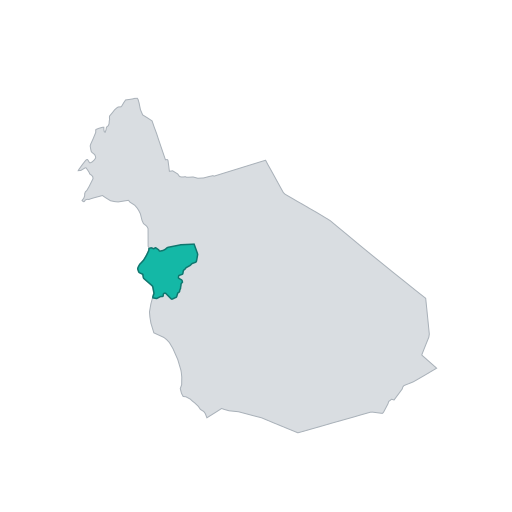 where Maradi sits in Niger, rotated 72°
{"feature_id": "NER-91", "entity_name": "Maradi", "entity_type": "Department", "adm_level": 1, "iso_a3": "NER", "parent_name": "Niger", "parent_adm1": "", "projection": "orthographic", "projection_center": [7.538, 14.218], "detail": "fine", "context": "in_parent", "style": "filled", "palette": "teal", "viewbox_px": 512, "rotation_deg": 72, "n_neighbors": 0, "source": "natural_earth", "source_scale": "10m", "svg_char_len": 5087}
<svg xmlns="http://www.w3.org/2000/svg" viewBox="0 0 512 512"><g transform="rotate(72 256 256)"><path d="M394.7,352.7L390.3,352.9L387.8,353.7L384.7,356.3L381.2,357.3L376.9,359.6L374.2,361.4L371.7,362.8L368.2,366.2L367.1,368.7L363.6,369.3L358.7,369.0L355.5,366.5L348.2,364.0L343.5,363.0L341.3,362.7L330.3,362.4L318.5,363.6L312.5,364.9L311.4,365.2L308.0,366.8L305.1,368.7L297.5,376.9L287.4,376.7L281.4,375.8L276.3,374.6L269.1,370.8L260.2,365.0L256.8,364.2L253.7,363.8L252.7,363.9L242.1,369.7L240.1,369.5L237.6,370.2L235.9,371.6L234.7,372.3L233.5,372.5L231.8,372.1L230.2,371.2L228.6,369.6L224.2,363.1L223.3,362.0L221.5,360.1L218.4,357.1L216.3,355.7L215.0,355.3L213.4,355.6L205.0,352.9L196.6,350.2L194.7,350.5L193.4,351.0L190.4,353.0L187.0,353.4L182.6,353.1L180.2,352.9L176.3,353.5L173.7,354.2L170.3,355.6L165.9,359.2L164.7,359.6L163.6,360.2L162.0,370.3L160.7,373.4L158.5,377.3L154.0,381.1L151.0,383.4L150.9,386.5L150.6,391.6L150.5,395.2L150.6,397.5L150.1,398.5L149.9,399.5L150.0,401.0L150.7,401.8L151.2,402.7L150.9,403.5L149.4,404.3L147.9,402.0L145.9,400.4L143.7,399.6L142.2,398.4L141.5,396.8L138.6,393.5L132.1,387.1L131.4,387.0L130.3,386.7L128.4,387.4L127.2,388.4L126.4,388.8L125.2,388.8L122.0,389.6L119.5,390.5L119.4,391.4L120.5,396.2L119.9,398.7L118.8,397.5L115.2,392.6L112.8,389.0L112.3,388.2L112.0,386.9L112.3,386.4L113.3,386.1L115.6,385.6L116.0,385.3L116.2,384.3L115.8,382.5L114.6,380.0L113.3,378.3L112.6,378.0L111.2,377.9L109.7,378.1L106.8,380.0L105.6,380.4L102.7,380.1L100.1,379.7L98.5,378.6L94.0,374.5L88.9,370.2L86.7,369.5L86.2,369.1L86.0,365.8L86.2,361.9L86.5,360.9L88.6,361.6L90.9,361.9L91.7,361.3L89.9,359.8L87.3,358.4L86.4,356.2L85.6,355.5L84.5,354.7L83.1,354.2L81.8,353.6L80.9,353.0L79.3,352.7L77.7,352.1L75.5,348.6L73.3,345.3L72.1,342.6L71.7,341.0L72.4,338.3L71.8,337.2L69.3,334.4L67.3,331.8L68.0,327.9L68.5,324.7L68.6,322.6L69.0,321.5L69.3,320.2L70.7,319.8L74.2,319.9L81.1,320.7L86.6,320.2L86.9,320.1L90.9,316.7L95.4,313.1L101.9,313.0L108.9,312.7L114.4,312.7L122.5,312.6L129.0,312.5L136.5,312.4L136.8,310.7L137.3,310.3L138.0,310.2L143.5,311.2L148.7,312.2L149.2,309.0L153.8,305.1L156.4,304.3L157.1,303.7L157.9,302.3L158.5,300.2L158.7,298.8L159.7,297.6L160.4,295.3L161.4,291.4L164.1,287.3L165.6,281.6L165.9,276.2L166.3,272.1L167.1,271.2L167.2,263.9L167.3,256.5L167.4,250.3L167.5,242.5L167.6,235.7L167.7,228.3L167.8,221.7L167.9,217.3L173.1,216.4L178.4,215.3L186.3,213.8L194.8,212.2L204.1,210.4L206.2,209.3L213.2,203.0L216.4,200.2L222.6,194.5L227.5,190.2L233.6,184.6L240.1,179.0L245.2,174.6L253.3,169.5L265.4,161.8L277.5,154.2L289.5,146.5L301.5,138.7L313.4,131.0L325.2,123.2L337.0,115.5L348.7,107.7L360.8,110.3L372.3,112.8L383.8,115.3L386.6,116.7L392.9,122.0L401.0,128.7L401.3,128.8L401.7,128.8L409.0,124.5L418.5,118.9L421.7,133.1L424.3,145.4L424.8,153.3L425.0,155.4L425.9,156.8L427.7,158.1L435.6,169.2L434.1,171.3L435.4,174.8L437.4,176.2L443.8,182.8L444.7,184.2L444.4,185.2L440.5,193.4L439.9,195.4L439.5,205.7L439.3,212.9L438.9,222.9L438.4,234.8L438.1,244.8L437.6,258.2L437.1,270.8L431.1,277.9L420.4,290.5L411.6,300.7L407.3,307.5L398.7,320.8L394.9,329.4L391.9,333.9L390.4,335.8L392.0,341.9L394.7,352.7Z" fill="#d9dde1" stroke="#a8b0b8" stroke-width="1"/><path d="M227.3,367.9L225.3,364.2L221.4,359.8L217.9,356.5L216.3,355.6L215.9,355.5L215.8,355.1L215.8,353.6L215.9,353.2L216.0,352.8L216.3,352.4L217.1,351.6L217.4,351.2L217.4,350.7L217.1,349.4L217.1,349.0L217.3,348.8L217.7,348.4L219.3,347.3L219.5,347.1L219.8,346.8L220.0,346.7L221.0,346.5L221.2,346.4L221.5,346.2L221.7,345.7L222.0,343.0L221.9,341.7L221.7,340.8L221.6,340.2L220.7,338.1L220.6,337.5L220.6,336.7L222.0,324.9L222.0,324.4L222.1,323.9L225.6,311.2L235.2,310.9L236.5,311.0L241.4,313.6L242.9,314.5L243.3,315.4L243.4,318.9L243.5,319.4L244.4,321.1L244.7,321.9L245.5,326.0L245.6,326.3L245.9,326.7L246.3,327.2L246.5,327.5L247.1,329.1L247.4,329.5L247.8,329.8L249.9,330.9L250.3,331.2L250.5,331.4L250.6,331.8L250.7,334.9L250.7,335.2L250.9,335.6L251.2,335.8L252.4,336.4L252.8,336.5L253.1,336.5L253.5,336.2L255.7,334.2L256.1,334.0L256.5,333.9L257.9,334.0L258.1,334.0L259.0,335.4L259.4,335.8L259.6,336.0L260.6,336.4L260.8,336.5L261.3,336.7L262.1,337.3L262.4,337.4L262.9,337.5L263.1,337.6L263.5,337.8L264.8,339.0L265.8,339.5L266.2,339.7L266.4,340.0L266.5,340.1L266.6,340.3L266.7,340.6L266.9,341.4L266.9,341.6L267.1,341.9L270.1,344.0L270.5,344.4L270.6,344.8L270.7,345.2L270.7,346.0L270.7,346.3L270.8,346.6L270.9,347.1L271.0,348.0L271.1,348.9L271.0,349.3L270.9,349.6L270.6,349.9L263.6,353.4L263.5,353.6L263.4,353.7L263.4,353.8L263.1,354.3L263.1,354.7L263.1,355.0L263.2,355.3L263.4,355.7L263.8,355.9L264.2,356.2L265.0,356.5L265.4,356.8L265.6,357.0L265.6,357.4L265.1,359.3L265.1,359.7L265.7,363.2L265.7,363.7L265.5,364.1L264.0,366.9L263.9,367.0L263.2,366.8L262.8,366.6L262.0,366.0L261.3,365.6L260.7,365.0L260.4,364.8L259.8,364.5L253.5,363.7L252.7,363.8L251.9,364.1L243.0,369.5L242.2,369.8L241.3,369.8L238.8,369.3L238.2,369.4L236.7,371.2L235.6,372.2L235.0,372.4L234.9,372.5L234.4,372.5L232.6,372.5L231.8,372.5L231.1,372.2L230.3,371.6L229.4,370.7L227.9,369.1L227.3,367.9Z" fill="#14b8a6" stroke="#0f766e" stroke-width="1.5"/></g></svg>